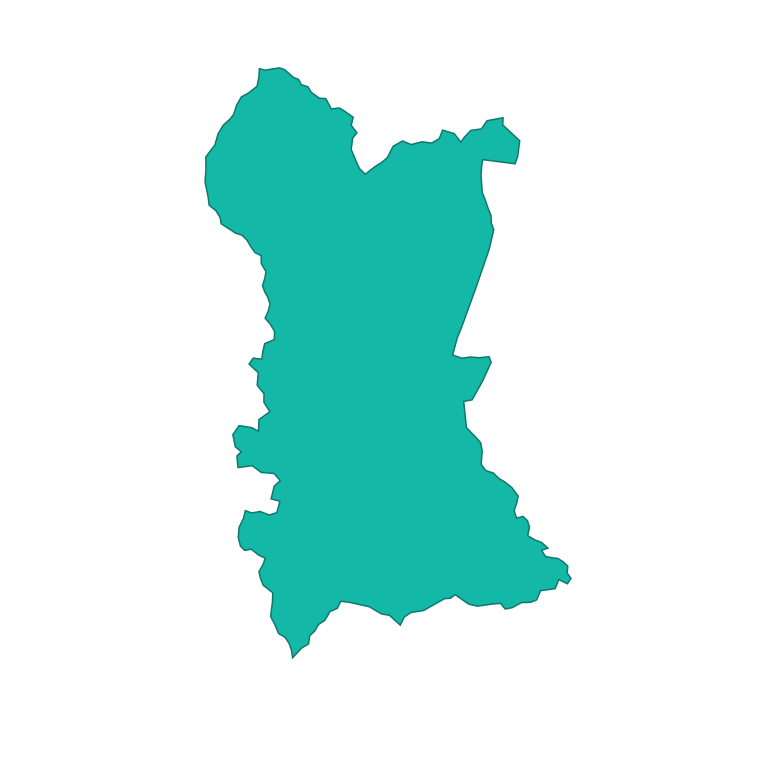 outline of São José do Ouro, Rio Grande do Sul, Brazil, rotated 195°
{"feature_id": "56859067B47068484088007", "entity_name": "São José do Ouro", "entity_type": "district", "adm_level": 2, "iso_a3": "BRA", "parent_name": "Brazil", "parent_adm1": "Rio Grande do Sul", "projection": "albers", "projection_center": [-51.559, -27.766], "detail": "fine", "context": "isolated", "style": "filled", "palette": "teal", "viewbox_px": 768, "rotation_deg": 195, "n_neighbors": 0, "source": "geoboundaries", "source_scale": "gbopen_adm2", "svg_char_len": 2821}
<svg xmlns="http://www.w3.org/2000/svg" viewBox="0 0 768 768"><g transform="rotate(195 384 384)"><path d="M401.4,96.0L395.2,107.7L389.6,113.3L390.6,121.7L387.2,127.0L384.9,134.9L380.1,140.2L377.2,150.3L371.0,155.3L369.6,162.9L360.8,164.2L340.4,165.0L326.8,161.2L318.9,162.0L305.9,155.3L304.1,164.2L298.8,170.3L287.1,175.5L270.0,192.3L264.4,194.2L260.8,198.9L245.2,193.3L236.2,193.6L222.9,199.3L214.6,202.3L208.7,198.0L202.2,201.2L194.6,208.5L186.0,211.0L180.7,214.9L179.3,224.9L165.7,230.6L164.6,240.3L155.2,238.5L153.1,244.6L158.2,248.9L159.3,255.6L164.8,258.6L171.0,260.5L176.6,259.6L183.4,259.2L188.7,264.1L183.2,267.9L190.9,271.8L197.7,272.4L205.9,274.7L206.4,283.4L210.0,289.1L215.6,292.1L221.2,288.7L225.6,295.5L225.0,302.3L225.3,310.4L233.8,317.1L242.1,320.7L248.3,322.4L255.3,326.3L263.3,326.7L269.4,331.6L271.8,344.7L275.4,352.3L283.1,357.3L293.1,363.2L302.5,387.8L294.8,391.5L289.5,412.5L286.1,432.7L289.6,437.5L299.0,434.0L307.6,432.4L315.2,429.1L325.2,429.7L325.2,447.3L323.7,459.4L320.2,499.3L317.3,540.9L317.9,561.4L322.1,567.5L324.3,574.5L329.0,580.7L333.7,587.8L338.8,594.7L341.2,601.7L344.4,611.0L346.1,620.0L346.7,626.3L314.4,630.6L313.8,638.4L315.8,654.0L336.4,665.0L337.9,672.0L352.6,665.0L355.9,655.6L365.8,651.4L370.3,643.1L372.3,637.4L380.9,644.0L393.1,644.4L394.1,635.3L400.2,629.1L410.0,627.8L419.7,622.3L429.0,623.6L436.7,616.0L439.4,603.4L443.4,597.7L449.7,590.8L456.4,581.7L463.5,585.8L468.2,591.5L476.4,602.1L477.9,613.4L475.2,619.7L482.6,625.3L482.8,633.7L491.8,637.0L498.4,639.1L506.1,636.1L514.1,644.6L520.5,643.3L529.9,647.0L534.4,651.4L541.4,651.7L545.3,656.1L550.8,656.7L561.3,661.9L566.7,662.3L572.8,659.7L580.2,656.3L586.0,656.3L584.3,648.3L583.7,638.7L590.2,630.0L596.0,624.5L598.5,615.4L599.0,605.5L601.3,600.1L606.2,592.5L609.0,582.9L609.2,571.2L614.9,557.2L611.5,545.0L609.1,532.7L605.3,525.3L602.4,519.3L599.1,511.3L591.2,507.9L585.6,502.6L582.7,496.6L574.7,494.0L566.5,491.3L559.5,490.9L553.5,487.4L548.0,482.0L542.4,477.4L536.0,476.3L533.6,468.4L527.1,462.0L526.5,455.4L526.8,447.5L523.0,442.0L518.9,438.0L514.8,431.8L514.7,424.0L515.9,416.8L509.5,412.5L503.3,406.5L501.5,398.5L509.7,392.1L509.4,383.6L508.5,376.4L517.1,375.1L519.5,368.3L508.3,362.3L506.2,350.0L497.4,343.6L495.3,335.3L487.1,327.7L495.6,317.3L493.0,305.9L500.7,307.6L513.2,306.3L516.9,295.9L511.3,284.8L504.4,281.7L507.4,276.4L503.4,265.5L490.1,271.0L479.7,266.8L467.1,269.1L459.2,263.8L463.6,257.0L463.3,243.8L454.2,243.8L454.2,232.1L460.9,227.7L470.6,228.8L478.6,225.1L485.1,225.8L485.0,217.5L486.9,207.9L485.0,197.9L480.7,190.3L475.4,187.2L469.5,190.1L460.9,186.3L453.6,185.0L454.2,178.0L456.2,170.3L453.0,164.3L448.5,158.3L437.4,153.6L435.3,144.4L434.2,136.0L433.3,130.0L427.4,123.6L421.2,115.7L414.1,113.7L408.7,109.1L404.7,103.3L401.4,96.0Z" fill="#14b8a6" stroke="#0f766e" stroke-width="1.5"/></g></svg>